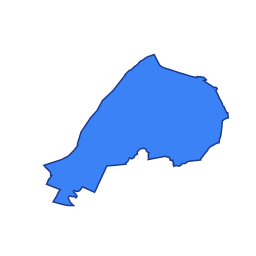 Huehuetlán, San Luis Potosí, Mexico (Robinson projection), rotated 67°
{"feature_id": "50627088B39544004778747", "entity_name": "Huehuetlán", "entity_type": "district", "adm_level": 2, "iso_a3": "MEX", "parent_name": "Mexico", "parent_adm1": "San Luis Potosí", "projection": "robinson", "projection_center": [-98.974, 21.517], "detail": "fine", "context": "isolated", "style": "filled", "palette": "blue", "viewbox_px": 256, "rotation_deg": 67, "n_neighbors": 0, "source": "geoboundaries", "source_scale": "gbopen_adm2", "svg_char_len": 4010}
<svg xmlns="http://www.w3.org/2000/svg" viewBox="0 0 256 256"><g transform="rotate(67 128 128)"><path d="M178.1,208.4L176.9,208.9L175.8,209.4L173.8,210.2L173.3,210.3L168.9,210.3L168.3,209.6L167.9,208.9L167.8,208.3L168.0,207.7L168.3,207.3L169.0,206.8L169.1,206.4L169.5,206.1L169.6,205.8L169.6,205.2L169.8,204.8L170.0,204.2L170.4,204.0L171.0,203.8L171.5,203.6L171.8,203.2L171.9,202.9L171.7,202.4L171.5,202.2L171.3,202.0L171.1,201.8L170.9,201.6L170.3,201.6L169.6,201.7L167.5,202.3L166.3,203.0L165.8,203.1L164.9,203.0L164.6,202.8L164.5,202.6L164.4,202.2L164.7,201.6L165.1,201.4L165.6,201.1L166.1,200.7L166.3,200.1L166.7,199.2L166.8,198.5L166.8,197.6L166.7,197.1L166.4,196.4L166.2,195.9L166.1,195.5L165.8,195.0L165.2,194.4L164.8,194.1L164.5,193.7L164.3,193.4L164.3,193.0L164.9,192.5L165.3,192.1L168.8,188.8L174.1,183.9L172.0,181.4L170.5,179.7L169.0,178.3L166.5,175.4L154.6,162.2L155.6,159.6L160.5,144.0L159.2,143.4L158.8,141.5L156.0,138.2L157.8,136.7L157.6,134.7L157.4,133.6L156.2,133.1L155.6,129.4L153.9,129.1L152.7,127.0L152.0,124.7L152.8,121.7L153.7,120.4L155.0,119.8L156.6,120.0L158.5,119.1L159.2,118.3L160.2,119.6L163.1,120.8L163.3,120.8L164.3,121.1L164.9,121.7L168.5,105.2L169.3,103.9L170.1,103.2L170.5,102.4L170.9,101.7L171.5,101.6L172.3,101.5L173.1,101.5L173.3,101.6L173.9,101.9L175.1,100.5L175.2,100.3L175.1,99.5L176.0,99.4L176.2,99.7L176.3,99.8L176.9,99.8L177.1,99.9L177.3,99.8L177.9,99.4L178.3,99.8L179.0,100.7L180.0,100.4L180.4,100.7L180.6,100.8L181.2,100.8L181.1,100.4L181.2,99.9L181.3,99.7L181.0,99.4L181.2,98.7L183.2,95.6L183.1,95.3L182.7,93.1L182.2,92.4L182.0,92.0L181.9,91.7L182.1,91.3L182.5,90.5L182.9,89.4L182.9,88.3L182.2,86.3L182.4,85.3L183.7,80.5L184.5,78.0L185.1,76.3L185.8,73.4L184.8,73.0L184.4,72.8L183.5,70.3L182.6,69.1L182.3,68.7L181.3,66.8L181.0,66.1L180.1,64.2L179.3,63.1L178.3,61.9L177.8,60.7L177.5,59.9L177.2,58.6L177.3,56.9L176.8,54.5L176.8,51.6L177.1,49.7L174.4,48.4L171.4,45.6L170.8,45.4L170.2,45.4L169.8,44.6L158.2,38.2L157.8,36.5L157.5,34.7L157.7,34.1L157.5,33.0L157.9,31.7L156.4,31.3L155.2,31.0L153.1,30.2L152.8,30.2L152.6,30.7L152.5,31.3L146.1,31.3L145.7,31.4L144.9,31.9L144.6,32.1L143.3,31.8L142.0,31.7L140.8,31.8L140.1,31.9L139.1,31.8L138.2,32.0L137.1,32.3L135.4,32.2L133.5,32.2L132.6,32.3L128.6,32.5L127.9,32.7L127.2,31.1L127.0,30.8L126.7,30.5L124.8,31.2L124.4,32.1L124.6,33.0L122.6,34.2L121.5,34.9L120.1,35.9L118.3,37.1L115.1,39.1L113.9,39.8L114.0,39.1L114.3,37.8L114.5,37.5L114.4,37.1L114.3,36.9L114.1,36.9L113.9,37.0L113.4,37.4L113.0,37.6L112.4,37.8L111.9,38.0L111.5,38.1L111.2,38.4L110.9,38.5L110.8,38.8L110.6,39.0L110.6,39.3L110.5,39.6L110.3,39.8L110.1,40.0L109.9,40.3L109.6,40.5L109.4,40.8L109.1,41.2L108.9,41.5L108.9,41.8L108.7,42.4L108.6,42.7L108.4,42.9L108.2,43.3L108.0,43.6L107.8,43.9L107.7,44.2L107.7,44.5L107.8,44.8L108.5,45.0L108.1,45.5L106.7,47.5L106.5,47.8L105.8,48.7L105.0,49.8L104.8,50.1L104.0,51.2L103.0,52.2L100.7,54.9L100.2,55.4L98.4,57.8L91.2,66.0L87.9,70.0L85.2,72.8L82.8,74.2L79.3,74.6L70.6,75.2L70.5,76.1L70.4,79.4L70.2,80.1L70.2,82.9L70.3,84.1L71.4,88.6L71.2,90.1L71.5,90.9L71.8,91.4L72.1,92.1L72.2,92.7L72.9,93.7L73.4,95.0L74.1,98.3L74.4,98.9L74.8,100.1L75.2,101.1L75.6,102.3L75.6,104.7L77.8,110.0L78.4,110.3L87.0,125.8L87.7,127.1L88.7,129.8L92.7,140.7L99.9,149.7L103.8,158.2L113.3,172.7L123.2,181.0L124.2,180.8L127.4,186.3L128.5,189.0L130.5,193.8L131.1,201.8L129.5,220.0L133.4,218.8L133.4,218.6L133.4,218.4L133.7,218.2L134.5,218.1L135.0,218.0L135.7,217.7L136.2,217.5L136.8,217.3L137.2,217.2L137.8,217.0L139.0,216.6L139.4,216.6L139.6,216.7L139.8,217.0L140.2,217.3L140.3,217.3L140.6,217.3L141.0,217.6L141.4,217.8L141.6,217.8L141.8,217.7L142.0,217.5L142.1,217.1L142.2,217.3L142.3,217.6L142.3,217.9L143.2,218.6L143.4,218.9L143.6,219.3L143.8,219.7L144.0,220.5L144.2,221.1L147.0,223.8L147.9,225.0L158.3,214.4L159.7,216.8L159.8,217.0L160.3,217.6L160.8,217.9L161.1,218.4L161.4,218.7L161.7,219.0L163.2,220.8L163.4,221.2L166.7,225.8L174.1,216.3L175.7,213.9L177.5,209.9L177.9,208.9L178.1,208.4Z" fill="#3b82f6" stroke="#1e3a8a" stroke-width="1.5"/></g></svg>